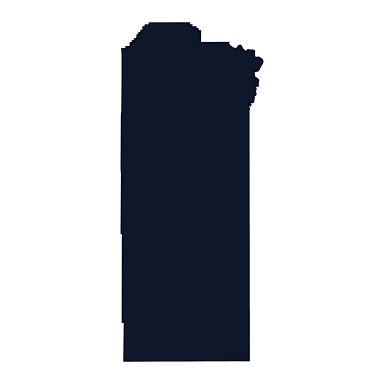 the district of Malheur, Oregon, United States of America
{"feature_id": "52423323B27805484985565", "entity_name": "Malheur", "entity_type": "district", "adm_level": 2, "iso_a3": "USA", "parent_name": "United States of America", "parent_adm1": "Oregon", "projection": "equal_earth", "projection_center": [-117.238, 43.221], "detail": "fine", "context": "isolated", "style": "filled", "palette": "ink", "viewbox_px": 384, "rotation_deg": 0, "n_neighbors": 0, "source": "geoboundaries", "source_scale": "gbopen_adm2", "svg_char_len": 2456}
<svg xmlns="http://www.w3.org/2000/svg" viewBox="0 0 384 384"><path d="M122.3,78.4L122.0,111.7L121.6,115.3L121.3,169.7L121.7,173.3L121.3,233.3L122.6,233.3L122.4,322.1L124.5,322.1L124.0,361.0L158.6,360.8L185.1,360.8L185.3,360.8L204.6,360.6L208.8,360.6L228.7,360.6L230.8,360.5L244.6,360.5L246.0,360.6L247.5,360.6L249.1,360.6L249.1,344.1L249.0,341.9L249.1,337.3L249.1,310.7L249.0,307.8L249.0,273.5L249.0,248.3L249.0,248.2L248.9,218.1L248.8,141.8L248.8,141.7L248.8,139.6L248.8,139.3L248.8,138.7L248.8,137.3L248.8,136.3L248.8,135.9L248.8,135.3L248.8,134.4L248.8,129.9L248.8,128.4L248.8,127.6L248.8,127.3L248.8,124.1L248.8,123.0L248.8,120.5L248.8,120.3L248.8,110.1L249.3,108.9L249.1,108.0L248.1,107.1L248.5,105.9L248.9,105.6L249.6,105.6L250.2,105.8L250.6,105.5L250.8,104.9L250.5,104.4L249.5,104.1L249.2,103.8L249.4,103.2L250.5,102.7L251.7,102.4L251.9,102.4L252.5,102.5L252.7,102.4L253.4,102.0L253.4,101.8L253.7,100.3L254.1,98.1L254.1,97.4L254.0,96.7L253.7,95.4L255.2,95.2L255.8,94.6L255.8,93.3L255.0,92.8L254.8,92.2L255.2,91.5L255.6,90.3L255.7,89.4L255.8,88.8L255.9,88.4L255.4,88.1L254.7,88.3L254.1,87.4L254.9,86.9L255.8,86.2L258.1,85.9L258.3,85.0L257.6,83.6L258.2,82.4L258.5,80.9L258.4,80.6L258.2,79.8L257.5,78.9L256.2,78.0L254.5,77.1L254.4,77.1L254.3,76.5L253.9,72.1L254.3,71.7L255.0,71.4L256.1,71.3L257.5,70.9L258.1,70.5L258.5,70.1L259.1,69.1L259.2,68.8L262.4,62.9L262.5,62.7L262.7,62.2L262.7,61.9L262.5,60.4L262.0,59.6L261.8,59.3L259.4,57.6L258.3,57.3L257.8,57.3L257.3,57.6L257.0,57.6L255.2,57.3L255.0,57.2L254.5,56.8L254.3,55.4L254.3,52.9L254.5,51.6L254.3,51.0L254.1,50.6L252.9,50.2L251.4,50.2L249.7,50.2L249.4,50.1L248.9,49.8L248.6,49.8L248.2,49.8L247.8,50.0L247.1,50.6L246.7,52.1L246.6,52.4L246.3,52.5L245.9,52.5L245.6,52.2L245.3,51.4L244.4,50.4L243.3,49.6L242.1,48.5L242.0,48.2L241.7,47.0L241.6,46.7L241.2,46.1L240.8,45.7L240.6,45.5L240.2,45.4L239.8,45.4L239.1,45.7L238.8,45.8L237.8,47.0L237.6,47.3L237.5,47.7L237.4,47.8L237.0,48.3L236.4,48.5L235.0,48.6L233.6,48.4L231.2,46.7L230.7,46.4L228.7,44.4L228.1,43.1L228.1,42.9L228.4,42.6L200.3,42.7L200.4,30.9L198.0,30.9L198.0,28.9L195.9,28.9L195.9,27.0L191.7,27.0L191.7,25.0L189.4,25.0L189.4,23.0L149.4,23.1L149.4,25.1L145.3,25.1L145.2,27.1L143.1,27.0L143.1,30.5L141.0,30.5L141.0,32.9L138.9,32.9L138.9,34.9L137.3,34.9L136.7,38.9L134.6,38.9L134.6,40.8L132.5,40.8L132.5,42.8L130.4,42.8L130.3,46.8L126.0,46.8L126.0,48.8L121.9,48.8L122.3,54.7L122.3,78.4Z" fill="#0f172a" stroke="#020617" stroke-width="1.5"/></svg>